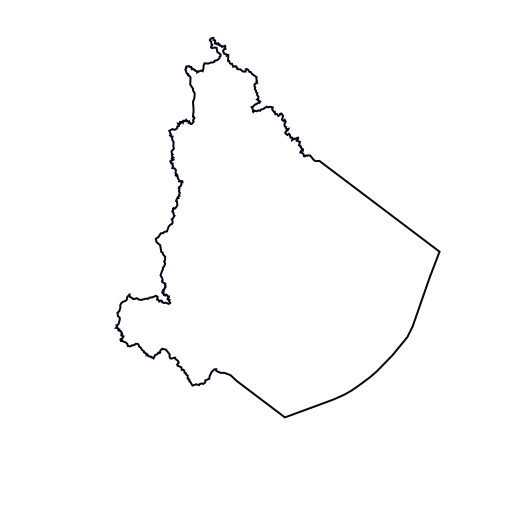 the district of Rutsiro, Western, Rwanda, rotated 217°
{"feature_id": "39286606B49553879902836", "entity_name": "Rutsiro", "entity_type": "district", "adm_level": 2, "iso_a3": "RWA", "parent_name": "Rwanda", "parent_adm1": "Western", "projection": "robinson", "projection_center": [29.444, -1.9], "detail": "fine", "context": "isolated", "style": "outline", "palette": "ink", "viewbox_px": 512, "rotation_deg": 217, "n_neighbors": 0, "source": "geoboundaries", "source_scale": "gbopen_adm2", "svg_char_len": 6159}
<svg xmlns="http://www.w3.org/2000/svg" viewBox="0 0 512 512"><g transform="rotate(217 256 256)"><path d="M420.9,400.3L418.9,398.3L418.0,398.2L417.8,396.1L417.3,395.5L416.1,395.6L414.6,397.5L412.8,398.5L409.7,395.7L405.6,395.7L404.7,394.3L405.0,393.3L404.3,392.5L404.7,389.2L406.6,387.0L406.1,385.8L407.1,384.4L408.0,383.9L410.0,380.9L413.1,378.8L412.3,376.2L411.2,374.9L409.8,371.5L411.6,371.0L413.4,367.5L413.7,368.3L415.8,367.4L417.3,367.9L417.9,367.3L419.5,367.4L419.8,366.7L421.4,368.0L422.3,367.3L423.8,367.4L424.6,366.1L425.7,365.6L425.6,364.6L424.6,363.8L424.7,362.5L421.1,360.1L419.5,360.5L419.0,359.5L416.9,359.7L415.6,359.0L411.7,353.3L406.9,351.7L406.1,350.4L402.7,348.9L400.2,344.9L399.1,341.2L393.4,334.7L390.1,329.2L388.8,329.6L388.2,329.1L388.0,326.6L386.6,325.6L386.8,322.7L388.0,322.1L389.2,322.7L389.8,322.0L390.5,323.1L390.9,322.4L391.8,322.6L392.2,322.1L393.7,322.7L393.8,320.9L395.0,320.8L395.5,320.0L394.6,318.4L395.8,318.5L396.9,317.7L396.2,317.3L397.1,316.6L396.4,315.9L396.9,315.5L396.4,314.3L397.2,314.3L395.9,313.4L396.7,311.9L395.8,310.5L396.9,307.8L399.1,307.0L400.6,303.8L397.4,301.9L397.2,300.7L396.3,301.2L395.7,300.3L394.5,301.0L393.4,298.9L390.2,297.2L388.2,294.0L386.2,292.4L386.5,288.9L384.8,287.0L383.7,287.0L383.7,285.9L382.7,285.0L381.3,284.9L382.2,283.7L381.9,283.0L380.0,283.1L381.4,280.1L379.5,279.0L378.2,279.7L377.4,278.4L376.5,278.1L375.7,275.9L373.7,276.9L371.7,276.4L370.0,273.6L369.1,273.6L368.7,272.1L367.9,272.1L367.4,273.1L365.2,271.1L362.8,270.2L362.4,269.4L360.0,271.4L359.2,270.7L360.2,270.0L358.7,268.5L358.3,266.5L358.9,264.6L358.2,264.2L358.2,263.5L357.5,263.5L356.3,261.1L354.8,260.6L354.2,258.4L353.3,258.0L353.9,256.0L352.8,255.5L353.6,254.6L353.0,251.9L352.3,252.2L349.9,250.0L349.2,248.5L349.2,245.5L349.7,244.6L350.6,244.8L350.8,243.8L349.8,242.5L349.6,241.1L348.6,241.3L346.1,239.1L345.3,239.1L345.0,235.7L345.4,234.7L344.3,234.3L342.6,232.3L342.4,231.0L343.2,229.6L343.5,227.0L341.9,222.1L343.6,220.2L343.9,218.5L345.7,216.7L345.3,212.5L346.4,209.4L343.7,207.2L339.1,207.0L334.0,202.2L332.7,202.6L330.9,201.2L328.1,200.8L325.9,197.5L326.1,196.3L323.9,195.2L323.1,192.3L323.2,190.4L322.2,189.3L322.2,188.0L320.6,183.1L317.4,181.7L316.0,180.5L316.1,179.7L315.3,178.8L311.7,179.3L311.3,178.0L310.5,177.9L309.5,176.6L309.9,176.3L309.2,174.8L309.6,173.9L308.6,172.4L309.1,172.4L308.7,171.9L309.3,171.2L308.3,170.0L307.0,170.3L305.9,169.4L304.5,170.0L304.8,170.8L304.3,171.3L302.1,170.8L301.4,171.2L301.4,170.4L300.7,170.3L300.9,168.5L300.4,168.1L298.6,168.9L298.2,167.6L296.3,166.9L296.9,165.2L299.8,164.5L301.4,163.0L303.2,162.6L304.2,163.5L305.2,163.2L305.9,161.4L307.9,162.3L308.7,161.7L310.1,164.2L311.9,164.0L314.1,160.4L316.1,158.5L316.5,156.8L318.4,155.5L321.1,152.0L322.9,150.8L325.8,150.6L327.2,148.4L328.5,147.6L329.3,148.0L332.1,147.4L333.8,149.1L334.0,148.6L334.1,145.4L332.9,143.4L333.3,141.4L334.8,139.2L335.2,137.1L334.8,135.0L333.3,133.3L331.9,129.5L332.5,127.4L330.1,124.9L327.8,124.7L326.6,123.4L324.9,119.2L325.0,117.2L325.6,116.7L324.7,116.1L324.6,114.9L324.2,115.5L323.6,114.8L322.3,115.2L321.7,114.1L320.7,113.9L320.5,114.7L319.9,114.2L319.0,114.7L317.1,113.8L316.2,112.3L315.9,113.1L314.6,111.6L313.5,112.0L313.1,109.8L314.1,108.0L313.4,107.2L312.6,106.8L312.0,107.3L312.2,108.0L310.5,107.8L307.9,108.6L306.0,108.4L304.2,107.0L301.9,108.3L301.2,110.1L299.9,111.2L299.2,113.5L297.6,114.6L295.9,114.3L295.1,113.4L293.2,113.5L290.6,112.5L287.7,112.3L287.4,111.6L285.3,112.0L284.2,111.2L284.2,111.9L283.6,112.1L281.7,111.2L279.3,112.4L278.7,112.0L278.0,112.6L276.2,112.6L276.9,116.3L275.6,118.3L275.9,120.0L274.7,120.5L274.4,121.3L275.1,121.9L275.6,123.7L274.7,125.1L274.9,125.6L271.6,127.0L265.6,125.4L264.7,123.8L263.0,122.7L262.1,122.9L259.5,126.1L258.3,125.3L255.2,125.3L253.6,124.4L253.6,121.9L252.4,121.7L252.4,121.3L248.6,122.2L246.7,120.3L245.9,121.3L244.3,121.3L242.7,119.7L241.4,120.2L240.8,119.4L238.6,119.4L237.2,117.4L236.2,117.6L235.7,116.7L234.3,116.9L233.6,115.8L232.6,115.9L228.7,114.3L226.6,117.5L223.7,118.7L223.8,120.1L222.3,121.8L221.1,122.1L220.6,123.7L220.6,124.9L221.6,126.1L219.4,129.9L220.7,132.0L221.6,136.8L221.1,140.3L219.6,141.7L218.5,140.3L214.0,141.4L210.7,143.7L204.7,145.5L196.0,144.6L135.8,144.5L107.7,188.1L101.6,199.2L98.5,206.6L95.0,217.4L91.9,228.1L90.1,236.6L87.3,258.6L86.3,282.3L88.5,294.0L104.3,343.2L112.0,369.9L262.6,370.1L265.3,367.8L267.3,367.4L273.2,368.8L274.8,367.9L275.5,366.8L276.3,366.7L276.7,365.7L277.3,365.5L277.1,364.9L277.8,364.6L279.6,366.0L281.9,366.0L282.8,365.3L283.5,366.1L283.8,365.9L283.1,366.5L283.0,368.1L282.0,368.3L282.6,369.5L284.6,369.3L286.3,370.5L286.7,370.1L287.7,370.7L288.3,370.4L289.6,373.6L292.7,372.6L292.7,374.0L293.6,374.5L293.2,375.5L293.6,375.8L294.3,375.0L294.8,373.2L295.9,373.0L296.9,370.4L297.7,372.0L298.9,372.2L299.7,371.3L302.0,373.2L303.3,373.4L303.8,371.5L306.5,371.7L307.2,373.2L306.3,375.7L306.6,377.1L307.8,375.8L309.2,376.1L309.6,377.1L311.2,376.9L312.5,378.3L313.2,381.3L315.0,382.0L315.1,380.4L317.3,380.5L318.6,384.1L321.4,385.1L322.3,384.0L321.9,383.1L322.4,381.3L324.9,382.0L325.9,380.9L327.7,382.4L327.9,381.8L330.6,382.5L331.8,383.3L331.7,384.4L332.2,384.8L334.5,383.7L335.5,382.2L337.3,381.7L338.7,377.8L340.2,375.8L340.2,374.4L341.6,373.8L342.7,371.9L344.6,371.2L344.8,369.4L345.4,369.6L345.5,370.4L349.1,372.4L348.2,373.4L348.0,376.3L347.0,377.8L346.6,379.7L345.4,380.3L345.6,381.9L349.4,381.6L349.0,383.3L349.6,384.4L352.2,385.4L352.9,386.8L354.5,386.9L355.5,388.0L357.4,388.6L358.0,390.1L359.4,390.6L360.5,392.5L359.3,395.1L360.7,395.6L360.7,396.5L362.7,398.1L363.2,399.2L368.8,399.0L371.0,399.8L372.0,399.1L374.4,400.0L375.8,399.8L376.5,398.9L375.3,397.1L377.3,395.5L380.9,395.6L383.3,394.0L384.5,395.2L385.1,394.8L386.5,395.4L388.1,393.4L390.9,395.1L391.8,394.3L393.0,394.3L394.8,395.6L395.7,395.0L399.0,399.7L399.9,398.3L400.6,399.3L403.1,398.4L405.7,399.9L406.0,401.8L405.0,403.0L406.6,404.3L406.8,405.1L407.4,405.2L408.8,402.6L409.7,403.1L411.6,402.3L412.5,403.0L413.2,402.1L414.2,403.0L415.2,401.4L416.3,402.0L416.9,401.2L418.3,403.5L419.9,402.9L421.3,404.5L422.4,403.5L423.1,401.2L422.5,400.3L420.9,400.3Z" fill="none" stroke="#020617" stroke-width="2"/></g></svg>